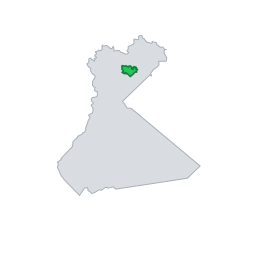 location of Kolokani, Koulikoro, Mali, rotated 136°
{"feature_id": "8926073B69551700582235", "entity_name": "Kolokani", "entity_type": "district", "adm_level": 2, "iso_a3": "MLI", "parent_name": "Mali", "parent_adm1": "Koulikoro", "projection": "mercator", "projection_center": [-8.433, 13.688], "detail": "fine", "context": "in_parent", "style": "filled", "palette": "green", "viewbox_px": 256, "rotation_deg": 136, "n_neighbors": 0, "source": "geoboundaries", "source_scale": "gbopen_adm2", "svg_char_len": 5698}
<svg xmlns="http://www.w3.org/2000/svg" viewBox="0 0 256 256"><g transform="rotate(136 128 128)"><path d="M55.0,182.6L55.1,181.8L54.4,181.3L54.4,181.0L54.8,178.8L54.7,178.2L55.0,177.1L54.6,176.6L54.5,176.3L53.4,174.8L53.1,173.6L52.6,172.8L51.4,172.5L50.9,173.2L50.6,173.3L50.2,172.8L50.0,172.4L50.0,172.0L48.4,170.1L48.5,169.1L49.1,168.5L49.4,167.6L48.8,166.6L48.9,165.6L48.8,164.2L47.9,163.0L47.2,162.5L46.7,161.7L47.1,159.7L46.2,158.1L47.9,158.7L48.8,158.1L49.6,157.3L50.2,156.2L50.5,154.8L50.7,153.6L51.3,151.7L52.2,150.9L53.9,149.6L54.4,149.7L57.2,152.4L58.8,153.8L59.4,154.6L59.9,154.6L60.7,153.2L61.5,152.1L61.9,151.8L64.7,151.6L66.2,151.8L67.5,152.2L69.4,152.3L74.3,151.4L74.3,150.9L74.3,150.2L74.5,149.7L74.9,149.3L75.2,149.2L75.4,150.7L75.8,151.0L76.9,151.0L113.2,151.0L114.8,142.9L112.1,140.0L102.5,50.6L120.1,50.6L123.1,52.7L179.2,92.5L179.5,93.8L179.4,95.5L179.8,96.0L180.6,96.6L183.8,98.3L184.1,98.6L184.2,99.3L184.6,100.2L185.2,100.7L186.0,101.0L187.0,101.3L189.8,101.5L190.5,101.9L191.7,103.5L192.4,103.8L196.2,104.6L197.5,105.0L198.9,105.7L199.6,106.4L199.6,108.8L200.1,110.4L200.1,110.8L199.5,111.4L199.3,111.9L198.6,113.1L198.8,113.6L200.1,114.5L200.8,114.8L201.6,114.8L209.7,113.2L209.8,135.5L209.5,135.9L209.3,139.8L208.7,142.1L207.6,143.9L207.0,146.4L206.6,146.9L206.3,148.4L205.7,149.2L204.6,149.5L202.7,151.2L202.6,152.5L198.2,151.7L197.9,151.8L197.7,151.9L197.6,152.6L186.3,153.0L180.7,153.3L177.2,156.3L175.0,156.6L172.1,156.3L170.7,156.3L170.1,156.5L170.0,157.0L165.5,155.5L163.8,156.0L163.6,155.8L163.4,155.5L162.5,155.3L161.3,155.4L160.3,155.6L157.5,158.0L155.9,158.6L153.1,160.0L151.1,161.2L150.3,161.4L149.2,161.4L148.3,161.7L147.5,164.4L146.9,164.6L143.5,163.6L142.8,163.7L142.2,164.0L140.3,165.6L139.4,166.9L138.9,168.5L139.0,169.6L138.6,169.9L137.8,170.0L136.2,169.7L135.7,169.8L135.5,170.7L135.5,172.5L135.1,173.7L134.2,174.1L133.5,174.5L132.9,174.7L132.4,174.6L129.7,172.7L128.7,172.4L127.7,172.6L126.7,173.4L125.0,175.3L125.2,176.0L125.6,176.8L126.0,177.8L126.0,178.6L123.5,179.9L124.0,180.8L124.0,183.3L122.8,184.4L122.4,185.1L121.3,185.9L120.3,186.4L117.3,187.0L116.0,187.8L115.5,188.4L115.3,189.1L115.4,189.9L116.0,191.5L115.8,193.0L115.3,194.7L114.9,195.5L113.5,196.4L113.7,197.5L113.8,199.1L113.6,201.2L113.1,202.6L112.8,202.4L111.4,202.5L110.0,203.0L109.4,203.3L109.3,203.8L108.1,204.9L107.3,204.8L106.5,204.5L106.1,204.2L106.5,203.2L106.5,202.8L106.0,201.3L106.1,200.9L105.9,199.6L104.2,200.1L104.1,200.3L104.4,201.1L104.2,201.2L103.6,201.2L102.8,201.0L101.9,200.3L101.7,200.5L101.6,201.1L101.6,201.7L101.8,202.9L101.5,203.4L100.2,203.3L99.0,203.4L98.7,203.9L98.6,204.3L98.9,204.9L98.8,205.1L98.3,205.4L98.1,205.4L97.5,204.8L94.9,204.3L94.7,203.5L94.4,203.4L93.6,202.4L93.2,202.5L92.9,202.6L92.0,202.6L91.1,203.4L90.4,204.5L89.7,205.0L88.7,205.2L88.9,204.6L88.5,203.6L86.3,202.5L86.0,202.0L85.4,199.3L85.4,198.5L85.6,197.8L85.5,197.3L85.3,196.9L84.6,196.5L83.9,196.3L83.0,196.8L82.6,196.9L82.2,196.9L82.0,196.7L82.0,196.4L83.0,195.0L83.4,194.4L84.4,193.7L84.6,193.4L84.7,193.1L84.6,192.9L83.9,192.6L83.0,192.0L82.4,191.9L82.0,191.6L81.6,190.6L81.3,190.4L80.9,190.2L80.5,190.0L80.5,187.5L79.5,185.6L78.7,183.2L78.3,182.6L77.5,182.1L76.6,181.8L75.7,181.7L74.8,182.0L75.3,183.0L75.4,183.4L75.3,183.8L75.1,184.1L73.9,184.4L72.2,185.2L71.6,186.3L71.2,186.4L70.6,186.3L66.1,184.5L64.2,185.3L62.9,186.8L62.7,187.3L62.1,187.7L61.8,187.7L61.4,187.4L60.1,185.2L59.5,184.6L58.8,184.6L58.2,185.0L57.6,185.7L56.8,186.4L56.3,186.6L55.9,186.5L54.0,185.0L53.9,184.7L54.7,182.9L55.0,182.6Z" fill="#d9dde1" stroke="#a8b0b8" stroke-width="1"/><path d="M80.7,163.4L80.5,163.5L80.7,163.8L80.8,164.0L81.0,164.3L81.1,164.5L81.1,164.9L81.1,165.0L81.2,165.3L80.9,165.4L80.7,165.2L80.4,165.2L80.4,165.3L80.5,165.5L80.5,165.9L80.4,165.9L80.4,166.0L80.2,166.0L80.3,166.2L80.2,166.3L80.1,166.5L80.3,166.8L80.3,166.7L80.5,166.9L80.6,167.0L80.8,167.0L80.9,167.3L81.0,167.4L81.2,167.2L81.3,167.2L81.3,167.3L81.2,167.3L81.3,167.5L81.5,167.7L81.6,167.8L81.6,168.0L81.8,168.0L82.0,167.9L82.3,168.0L82.5,168.1L82.8,167.9L82.9,167.7L82.8,167.8L82.7,167.8L82.7,167.6L82.8,167.5L82.9,167.3L82.9,167.2L83.0,167.0L83.0,166.9L83.3,166.8L83.5,166.9L83.8,166.8L83.9,167.0L84.0,167.1L84.1,167.3L84.0,167.5L84.3,167.7L84.3,167.8L84.2,167.8L84.1,168.0L84.0,168.3L83.9,168.4L83.8,168.5L83.7,168.6L83.7,168.8L83.7,169.0L83.4,169.1L83.3,169.3L83.2,169.3L83.1,169.5L83.1,169.8L83.1,170.1L83.1,170.3L83.2,170.5L83.1,170.8L83.4,171.0L83.5,171.1L83.5,171.3L83.7,171.5L83.8,171.5L84.0,171.6L84.0,171.4L84.3,171.4L84.3,171.5L84.6,171.6L84.8,171.6L85.0,171.7L85.0,171.8L85.1,172.0L85.3,172.1L85.4,172.3L85.5,172.2L85.5,172.3L85.7,172.5L85.8,172.5L86.0,172.8L86.2,173.0L86.3,173.3L86.2,173.6L86.1,173.9L86.3,174.1L86.6,174.5L87.0,174.6L87.3,174.7L87.5,175.2L87.8,175.4L88.0,175.4L88.2,175.6L88.1,175.9L88.4,176.0L88.6,176.2L88.6,176.6L88.8,176.9L89.2,176.8L89.6,176.5L89.9,176.5L90.1,176.2L90.2,175.8L90.0,175.6L90.1,175.3L90.5,175.2L90.9,174.9L91.6,174.6L91.7,174.3L91.7,174.2L91.6,173.9L91.6,173.7L91.4,173.2L91.3,172.8L91.6,172.1L92.4,171.9L92.8,172.2L93.5,172.1L93.4,171.9L93.0,171.7L92.7,171.6L92.8,171.5L93.0,171.5L93.1,171.4L93.2,171.1L93.1,170.9L93.3,170.7L93.2,170.6L93.2,170.2L93.1,169.8L92.3,170.0L91.9,170.0L91.6,169.9L91.4,169.6L92.0,169.2L91.9,168.8L91.7,168.4L90.9,168.5L90.9,168.4L90.9,168.2L91.4,168.0L91.2,167.5L90.6,166.7L90.6,165.8L90.6,165.7L90.7,165.1L90.6,164.8L90.7,164.5L90.5,164.3L90.6,163.7L90.6,163.4L90.4,163.3L89.5,163.3L88.3,163.3L87.0,163.1L86.3,163.2L85.9,163.3L85.4,163.2L84.7,163.2L84.2,163.3L83.9,163.3L83.7,163.1L83.4,162.5L83.1,162.3L82.9,162.2L82.7,162.3L82.5,162.7L82.2,163.2L81.8,163.3L81.4,163.4L80.7,163.4Z" fill="#22c55e" stroke="#15803d" stroke-width="1.5"/></g></svg>